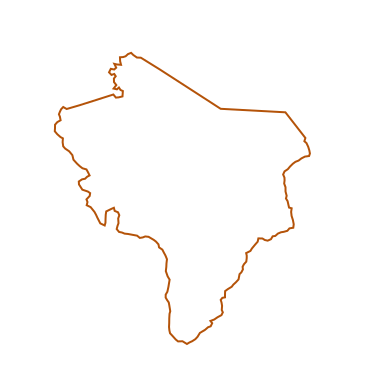 the district of Olho d'Água, Paraíba, Brazil, rotated 79°
{"feature_id": "56859067B14089338060229", "entity_name": "Olho d'Água", "entity_type": "district", "adm_level": 2, "iso_a3": "BRA", "parent_name": "Brazil", "parent_adm1": "Paraíba", "projection": "albers", "projection_center": [-37.728, -7.279], "detail": "fine", "context": "isolated", "style": "outline", "palette": "amber", "viewbox_px": 384, "rotation_deg": 79, "n_neighbors": 0, "source": "geoboundaries", "source_scale": "gbopen_adm2", "svg_char_len": 2779}
<svg xmlns="http://www.w3.org/2000/svg" viewBox="0 0 384 384"><g transform="rotate(79 192 192)"><path d="M208.2,284.1L205.6,282.8L201.9,282.0L197.8,281.0L194.7,279.9L193.2,274.4L192.6,271.7L195.8,271.5L197.8,268.5L200.9,267.8L203.9,269.5L208.6,270.1L210.9,271.5L214.0,273.0L217.3,271.2L218.4,268.5L220.0,266.1L221.0,262.8L222.9,258.0L224.4,254.2L227.1,252.0L227.2,249.0L226.7,246.4L227.7,243.2L231.6,238.8L233.7,236.9L237.0,234.9L240.1,234.9L242.9,232.1L246.4,231.1L249.2,230.2L253.2,229.4L257.3,230.7L260.6,231.5L264.7,232.8L270.2,232.0L273.8,230.7L277.0,231.9L280.5,233.2L285.2,235.2L287.7,237.4L290.6,238.0L293.2,237.1L296.0,235.9L298.8,235.9L302.1,236.0L304.9,236.1L307.3,237.3L311.6,238.4L316.4,239.4L320.1,240.3L323.5,240.6L326.5,240.5L328.7,239.1L333.7,236.1L336.0,234.2L336.7,229.8L340.2,226.0L339.2,223.2L338.5,220.3L337.1,216.8L335.2,214.2L331.8,211.1L329.8,205.5L327.8,202.0L327.4,199.3L324.6,197.2L322.1,198.5L321.4,194.5L319.8,190.8L318.5,186.6L316.0,184.7L313.5,185.3L309.5,184.2L306.2,184.1L303.4,184.4L301.7,182.4L301.7,179.7L299.1,179.2L295.6,178.4L294.1,175.2L292.6,171.1L290.8,169.1L289.1,166.3L286.7,163.0L284.2,162.0L281.7,161.0L280.3,158.9L277.7,156.8L275.1,156.6L272.9,154.9L270.7,152.0L267.3,150.9L264.9,150.4L262.3,150.5L261.0,145.9L258.9,144.0L255.7,140.1L253.3,137.0L250.2,135.7L251.1,131.7L253.0,129.7L254.2,127.0L253.4,123.5L250.9,121.3L251.0,118.6L249.2,115.6L248.5,112.3L248.6,109.6L248.3,105.8L246.3,103.3L246.4,99.4L243.1,98.3L238.8,98.3L234.5,98.8L230.5,98.5L227.0,97.3L225.8,99.7L223.1,99.8L219.2,99.9L216.3,101.0L213.8,99.8L209.4,100.1L205.1,99.3L201.3,99.9L198.2,98.9L195.5,98.5L192.2,99.2L189.4,97.2L187.9,93.6L185.7,90.9L183.5,87.6L182.1,84.7L181.5,81.4L179.9,78.2L178.8,74.4L179.0,70.2L176.7,68.9L173.6,68.9L169.8,69.3L165.8,70.3L163.6,72.0L160.6,70.4L131.6,85.1L123.5,117.3L115.8,148.0L94.7,169.9L65.4,200.4L50.4,216.6L49.5,220.4L46.3,223.5L43.8,225.2L44.4,228.5L46.1,231.3L46.4,233.9L46.0,237.0L49.9,237.6L53.6,237.4L52.5,241.3L51.4,243.8L55.5,242.7L56.9,245.0L55.6,248.2L58.7,250.6L61.7,248.7L61.3,245.8L63.8,244.8L65.7,247.0L69.2,247.6L72.6,245.9L75.5,249.2L76.9,246.1L75.5,243.8L78.2,242.7L79.7,240.6L84.9,242.0L85.1,246.0L84.8,248.7L81.3,250.6L85.4,286.0L86.6,299.2L84.0,302.2L85.8,304.7L88.1,306.4L90.3,307.8L92.8,307.3L96.5,307.3L97.7,310.9L99.8,313.6L103.2,314.3L106.2,315.1L109.6,313.2L113.0,310.6L114.7,308.5L118.5,309.5L122.6,309.7L125.2,308.2L128.6,304.8L133.0,302.4L137.7,302.2L142.3,299.4L145.3,297.2L147.8,295.0L149.7,291.3L152.8,290.3L156.2,289.4L157.0,292.0L158.6,294.5L158.6,297.5L160.1,301.1L163.0,301.5L168.8,299.2L171.7,294.1L173.7,292.2L176.4,293.2L179.1,297.0L181.9,296.5L184.9,297.9L187.5,294.4L193.0,291.5L196.2,290.5L199.1,289.8L205.3,288.0L208.2,284.1Z" fill="none" stroke="#b45309" stroke-width="2"/></g></svg>